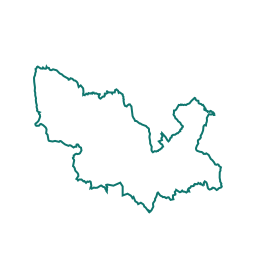 outline of Alausi, Cañar, Ecuador, rotated 160°
{"feature_id": "8360857B82258447900817", "entity_name": "Alausi", "entity_type": "district", "adm_level": 2, "iso_a3": "ECU", "parent_name": "Ecuador", "parent_adm1": "Cañar", "projection": "equal_earth", "projection_center": [-78.792, -2.325], "detail": "fine", "context": "isolated", "style": "outline", "palette": "teal", "viewbox_px": 256, "rotation_deg": 160, "n_neighbors": 0, "source": "geoboundaries", "source_scale": "gbopen_adm2", "svg_char_len": 5790}
<svg xmlns="http://www.w3.org/2000/svg" viewBox="0 0 256 256"><g transform="rotate(160 128 128)"><path d="M95.2,47.4L93.9,47.9L93.4,48.6L93.2,48.0L92.2,47.4L92.0,50.3L91.5,50.6L90.0,50.5L88.6,51.7L86.2,51.0L85.2,52.2L84.5,52.0L84.2,52.5L82.2,51.5L81.2,51.8L80.7,52.3L79.4,50.6L78.7,51.1L78.2,49.8L77.5,48.9L77.4,49.2L76.1,48.8L75.9,49.7L75.4,50.2L75.4,50.7L74.1,51.6L73.0,50.1L72.9,47.7L73.2,47.0L73.2,45.6L73.5,44.6L73.1,43.1L72.3,42.2L70.1,42.2L69.3,42.9L68.6,42.9L67.1,41.7L65.9,39.4L64.9,39.5L63.5,40.3L60.7,40.3L59.9,40.9L59.8,41.3L60.1,41.8L59.9,43.0L59.3,43.7L59.7,46.3L59.4,47.0L58.9,49.9L56.9,55.1L55.7,56.3L55.2,57.8L54.1,59.3L55.3,60.9L55.5,62.5L56.2,63.2L57.5,63.2L58.6,64.0L58.9,66.4L59.8,69.0L60.8,70.6L61.4,75.1L63.1,77.4L64.5,77.2L64.9,77.6L65.8,77.8L66.2,79.2L67.0,80.3L68.5,81.0L70.8,82.9L71.3,84.1L71.3,84.6L71.0,85.8L69.3,87.8L67.2,89.4L67.1,90.9L66.5,92.5L63.9,93.3L62.8,94.2L62.5,95.8L60.4,97.5L58.3,100.0L56.5,103.7L55.1,104.6L53.9,103.7L52.8,105.9L52.0,106.7L51.2,108.1L50.5,110.5L47.3,113.3L45.4,112.2L43.9,112.1L43.3,111.5L43.1,110.9L42.4,110.7L42.1,112.1L42.7,113.7L43.5,113.9L43.8,115.0L44.5,115.8L45.3,115.7L45.7,115.2L46.7,116.0L47.6,115.9L47.8,117.0L48.6,117.5L48.6,118.7L49.2,118.3L50.0,118.9L49.9,119.8L48.9,121.0L49.6,124.0L50.1,124.0L50.6,124.4L50.9,125.3L52.9,126.8L53.1,127.3L52.6,129.5L54.1,130.3L54.7,131.5L54.6,133.0L55.1,133.5L59.3,131.7L61.8,130.1L64.3,130.1L65.6,129.7L66.7,130.5L68.1,130.6L69.2,131.5L69.7,131.3L70.4,132.0L71.2,131.7L72.4,132.3L76.4,128.9L77.7,128.4L78.8,128.7L79.9,125.9L80.6,125.2L80.6,124.3L80.1,123.0L80.1,120.7L79.4,120.1L78.7,118.1L78.6,117.2L77.1,115.1L76.9,113.1L76.4,111.7L75.9,111.2L75.9,110.6L76.3,110.1L77.6,109.5L78.0,108.8L79.1,108.7L79.8,108.1L80.0,107.1L80.6,107.2L83.0,106.0L83.6,106.3L86.1,105.6L87.9,106.1L89.4,105.8L89.7,105.4L89.8,104.9L90.4,104.2L91.4,104.3L93.2,102.3L94.6,101.6L95.2,103.1L95.8,106.6L97.8,111.5L98.0,111.1L98.7,111.0L98.4,110.0L98.6,108.1L100.1,107.0L100.2,105.0L103.6,104.9L102.5,101.9L101.5,100.8L101.4,98.5L102.2,98.4L103.5,97.3L104.5,97.3L105.3,96.8L107.0,96.7L107.6,96.1L108.5,96.4L109.3,96.2L110.9,97.1L112.9,96.7L113.4,97.8L113.5,99.1L113.2,100.1L112.1,102.3L112.5,105.7L111.7,108.2L111.1,111.8L110.5,113.2L109.3,114.9L109.4,117.7L108.7,119.6L108.7,120.5L109.8,122.2L110.4,123.7L113.7,126.5L114.8,128.0L115.5,128.2L117.6,131.6L118.9,132.2L119.0,134.1L119.4,135.5L119.6,137.7L117.4,147.1L117.9,148.3L118.1,149.5L119.0,149.9L121.1,149.3L121.9,148.7L123.3,149.9L123.4,151.9L122.9,155.1L122.1,156.4L122.4,157.1L121.6,158.9L121.9,160.2L121.5,161.3L123.7,164.4L124.7,164.2L124.6,166.5L125.2,167.2L125.6,168.2L127.0,168.1L128.3,166.0L130.3,166.6L131.1,165.8L131.5,167.1L134.1,168.1L135.0,169.3L134.9,170.3L135.3,169.6L135.0,168.3L135.2,168.0L136.6,167.7L137.8,168.3L138.2,168.0L138.7,166.4L139.1,166.4L139.7,165.7L141.0,166.1L143.8,165.0L144.5,165.7L144.8,167.4L144.5,168.1L143.1,169.1L143.0,169.5L144.6,170.0L146.2,171.6L147.4,171.6L148.3,172.6L148.2,173.0L149.2,173.4L149.9,172.7L150.2,173.2L151.1,173.0L151.7,173.6L152.7,173.7L153.1,174.2L154.1,173.5L154.3,173.9L154.8,173.7L155.5,174.5L156.3,174.0L157.2,174.1L157.5,173.7L158.4,174.5L158.8,174.4L158.3,175.9L157.8,176.4L157.3,177.8L156.6,180.6L157.9,184.2L160.3,183.4L160.0,187.7L160.4,189.1L161.4,190.6L162.6,191.3L163.4,193.2L165.0,194.4L166.3,193.6L167.3,193.7L167.4,195.0L170.8,198.9L171.8,201.0L173.5,202.6L175.3,206.6L178.4,208.8L180.0,208.5L181.2,209.0L181.8,210.3L181.8,211.5L183.4,212.3L183.6,213.4L184.6,211.9L185.0,211.8L186.6,212.6L187.2,213.9L188.1,213.1L189.6,213.7L191.8,216.6L192.5,216.5L194.1,215.0L194.7,215.0L195.2,212.6L196.3,211.4L197.3,209.4L198.6,208.1L199.2,207.2L200.4,203.3L201.6,197.8L203.0,194.6L203.1,192.9L204.0,190.4L204.3,187.3L205.0,186.0L205.7,183.2L205.9,180.5L206.7,179.2L207.0,176.1L207.5,175.5L207.4,174.8L207.0,174.1L205.7,173.0L206.4,172.8L206.8,172.2L206.8,171.5L206.3,170.8L206.7,168.7L209.5,165.4L211.1,164.5L213.5,163.7L213.9,162.8L213.7,162.0L213.4,161.4L211.2,160.7L210.6,160.7L209.3,161.6L208.4,161.6L206.7,159.6L205.3,156.9L205.0,155.6L205.1,154.3L206.7,151.1L205.9,149.1L206.8,144.3L206.8,143.3L206.5,142.8L203.4,141.1L201.0,140.8L197.7,138.7L197.1,138.6L196.5,139.0L195.8,138.8L195.2,138.1L194.5,136.7L192.7,134.0L190.0,131.6L189.0,131.8L187.9,131.3L185.8,128.3L184.3,128.6L183.0,128.1L182.0,130.0L181.4,130.0L180.5,129.4L180.2,127.0L178.9,125.6L179.4,122.8L181.7,120.8L182.5,120.5L184.3,120.7L185.4,121.5L187.0,121.3L187.5,120.9L188.4,120.8L188.9,119.3L190.0,118.8L190.1,118.2L189.6,116.8L189.7,115.9L192.7,111.0L192.1,109.9L191.8,108.2L192.1,107.2L192.0,105.6L190.9,103.3L190.6,101.7L191.1,99.8L193.9,97.8L193.2,97.0L192.9,95.8L191.6,96.3L189.3,95.5L188.1,93.1L187.2,93.1L186.2,90.8L184.5,91.6L183.7,90.9L182.1,91.0L181.6,90.4L181.5,90.0L182.2,86.4L182.5,85.6L183.4,85.1L183.8,84.4L183.4,84.5L182.9,83.4L180.4,83.7L179.4,83.0L177.2,82.4L173.4,83.2L172.6,83.0L171.9,81.6L170.5,80.5L170.0,79.5L170.1,78.2L169.7,77.0L169.9,76.1L169.7,75.5L169.5,76.1L168.9,76.8L168.9,77.9L168.6,78.0L168.6,78.7L167.8,79.3L167.7,80.0L168.1,81.2L167.9,82.0L166.5,81.8L161.4,78.8L154.0,79.3L153.0,74.9L156.1,66.4L150.9,66.4L148.5,63.5L147.9,61.7L147.8,60.6L146.4,61.3L146.2,56.6L144.6,54.6L144.5,53.0L141.5,53.4L139.8,51.1L139.5,49.9L139.6,48.6L138.7,47.4L137.6,43.8L137.2,43.8L137.1,42.0L136.8,41.5L136.2,41.7L136.2,42.0L135.7,42.0L135.7,42.3L135.5,42.1L134.2,42.6L131.1,45.4L130.6,47.7L130.1,48.8L127.7,50.5L127.1,51.1L126.9,52.1L124.8,53.9L122.7,56.8L121.9,57.1L120.9,53.8L120.3,52.9L119.6,52.4L118.9,51.1L117.7,50.9L116.9,50.3L116.6,49.5L115.8,48.9L114.9,49.3L113.5,49.0L112.6,45.9L109.7,45.5L109.6,47.1L108.8,49.3L106.3,49.2L105.9,49.9L106.1,50.9L105.9,51.9L104.3,52.8L103.9,53.4L101.4,50.0L100.4,49.8L98.5,50.7L97.9,49.3L96.6,48.8L95.2,47.4Z" fill="none" stroke="#0f766e" stroke-width="2"/></g></svg>